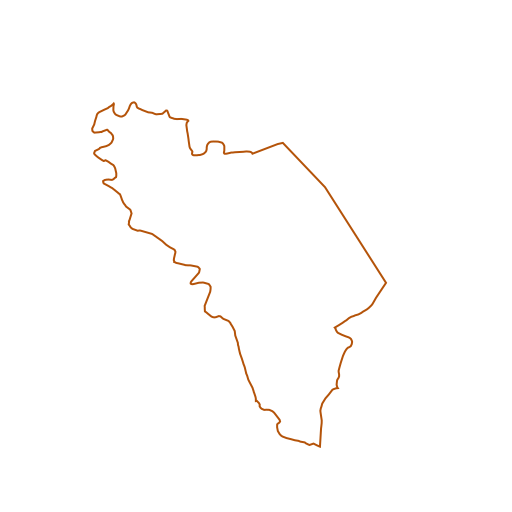 outline of H'Erelle, Laborie, Saint Lucia, rotated 154°
{"feature_id": "8701671B98929881441736", "entity_name": "H'Erelle", "entity_type": "district", "adm_level": 2, "iso_a3": "LCA", "parent_name": "Saint Lucia", "parent_adm1": "Laborie", "projection": "mercator", "projection_center": [-60.985, 13.756], "detail": "fine", "context": "isolated", "style": "outline", "palette": "amber", "viewbox_px": 512, "rotation_deg": 154, "n_neighbors": 0, "source": "geoboundaries", "source_scale": "gbopen_adm2", "svg_char_len": 6130}
<svg xmlns="http://www.w3.org/2000/svg" viewBox="0 0 512 512"><g transform="rotate(154 256 256)"><path d="M214.3,349.5L214.3,350.3L215.0,351.6L215.8,352.4L216.6,352.9L218.3,353.9L219.1,354.3L221.9,355.3L229.5,358.5L231.3,359.1L233.1,359.9L233.9,360.0L237.3,360.8L238.2,361.1L239.4,361.7L239.6,362.1L239.6,362.8L239.3,363.3L239.0,363.7L238.3,364.6L236.6,368.0L236.3,368.8L236.2,369.4L236.4,371.5L236.9,372.8L239.9,375.4L240.6,375.8L241.6,376.3L243.9,377.5L246.1,378.4L247.0,378.6L248.2,378.6L250.0,377.9L251.1,377.2L252.0,376.2L252.7,375.2L253.2,374.2L253.6,373.5L254.2,372.8L254.6,372.3L255.9,371.5L256.8,371.3L257.6,371.0L258.7,370.9L259.9,371.0L261.9,371.3L263.0,371.7L263.8,372.1L264.6,372.3L265.7,372.8L267.6,373.7L268.1,374.1L268.4,374.4L268.8,375.3L268.6,376.1L268.2,376.7L267.5,377.5L267.4,378.0L267.5,379.0L267.7,379.8L268.0,381.6L268.0,382.3L267.8,383.5L266.0,389.1L265.6,390.2L265.1,391.7L263.7,396.2L263.2,398.2L261.2,404.2L260.2,405.6L259.8,406.1L259.1,406.5L258.7,406.7L258.3,406.9L257.6,407.1L257.5,407.4L257.8,408.2L258.8,409.1L262.6,411.7L263.8,412.3L266.8,413.6L267.2,413.8L269.4,415.2L270.2,416.1L271.1,416.9L272.3,418.2L272.6,418.7L272.6,419.5L272.4,421.6L272.3,423.0L272.1,424.8L272.1,425.3L272.3,425.8L273.1,426.2L274.7,425.7L276.0,425.4L277.7,424.9L279.3,425.4L280.0,425.7L283.6,427.1L284.8,428.2L285.7,429.3L286.5,430.2L288.6,431.6L289.5,432.1L290.2,432.7L291.4,434.0L294.3,437.1L295.5,438.7L296.5,439.7L297.2,440.7L297.6,441.3L297.7,442.4L297.6,442.9L297.4,443.6L297.2,444.9L297.3,445.8L297.6,446.7L298.0,447.4L299.0,447.8L300.6,447.9L301.9,447.4L302.9,446.7L303.8,446.0L305.5,444.3L306.2,443.7L307.4,442.8L308.6,442.1L311.4,440.4L312.6,440.1L314.2,440.1L315.2,440.1L315.8,440.3L316.5,440.7L317.3,441.3L318.9,443.1L319.4,443.7L320.0,444.5L320.4,445.6L320.6,447.4L320.6,448.2L320.4,449.2L320.1,450.0L319.7,450.7L318.5,453.0L317.1,454.9L317.1,455.4L317.6,455.2L318.2,455.0L320.6,454.4L322.7,454.3L324.2,453.9L325.4,453.9L327.8,454.0L329.7,454.0L331.5,454.0L333.1,454.0L334.0,454.0L334.2,453.9L335.0,453.8L336.6,453.1L337.7,452.0L338.5,451.0L341.4,448.0L343.8,445.1L347.3,442.4L347.8,441.3L348.2,440.1L347.6,438.3L347.2,438.0L347.1,437.7L343.0,436.1L341.0,435.5L340.4,435.1L339.6,435.3L334.5,434.8L334.2,434.5L333.8,432.9L333.3,431.5L332.8,430.7L332.5,430.1L331.9,427.1L332.2,425.8L332.9,424.1L333.5,423.4L336.1,421.3L336.9,421.0L339.5,420.3L342.5,420.4L346.2,421.2L346.8,421.4L347.9,421.5L348.8,421.6L349.5,421.2L349.9,421.1L350.6,421.0L354.7,421.0L355.5,420.2L355.9,420.0L356.5,419.2L356.5,418.2L355.5,415.6L354.5,413.5L352.2,409.5L351.6,408.7L351.3,408.2L351.1,408.1L350.2,408.0L349.5,408.1L349.2,408.0L347.3,405.3L345.9,402.6L344.4,400.3L344.2,399.6L344.1,397.5L344.2,396.3L345.3,391.6L346.5,389.2L347.3,388.2L348.7,388.1L349.7,387.7L350.9,387.5L351.7,387.5L352.4,387.7L355.2,389.5L355.7,389.6L356.4,390.0L358.7,390.6L359.4,390.5L360.1,390.5L360.5,390.4L360.6,390.0L360.9,389.7L361.0,388.6L361.1,388.1L360.9,387.7L359.7,386.1L357.6,383.2L356.6,381.6L355.5,380.1L352.1,372.9L352.1,372.5L351.5,371.7L351.2,371.1L351.3,369.5L351.6,366.6L351.8,365.5L351.8,364.1L351.9,362.5L351.7,360.8L351.3,359.1L351.1,357.4L349.0,353.3L348.9,353.1L348.7,352.3L349.2,348.8L353.7,344.0L355.0,342.9L355.1,342.3L356.6,340.1L356.3,338.8L356.1,336.7L355.6,335.5L355.4,335.2L355.2,334.6L351.3,330.6L350.8,330.4L350.4,330.3L349.3,329.9L348.5,329.3L340.3,321.9L339.6,321.2L333.9,310.8L333.7,310.4L331.8,305.5L329.5,301.5L327.4,298.7L326.5,297.3L326.5,295.3L327.1,294.2L328.1,293.1L329.2,291.7L330.9,289.6L331.2,289.0L331.7,288.4L331.8,287.3L332.2,286.5L331.4,285.8L331.3,285.4L330.3,284.4L329.2,283.6L323.9,279.2L323.6,278.8L321.0,277.3L319.7,276.7L318.7,276.1L313.5,272.2L312.8,271.3L312.2,269.2L312.4,268.7L314.0,266.6L314.5,266.1L315.0,265.8L324.9,261.7L325.2,261.5L325.5,261.4L326.2,260.9L326.8,259.9L326.5,259.2L325.3,258.4L323.7,258.0L319.0,257.0L315.5,255.5L314.7,255.0L311.3,252.0L310.7,251.3L310.4,249.5L310.3,248.2L311.0,246.8L311.7,245.6L312.9,243.9L324.0,233.7L324.7,232.0L325.2,231.0L325.4,230.5L326.2,228.6L325.3,227.0L324.4,224.9L323.9,223.9L323.0,221.9L322.6,221.1L321.7,220.1L321.5,219.9L320.4,219.1L318.9,218.6L317.0,218.4L315.8,218.3L314.5,217.4L314.3,217.1L313.5,215.1L313.0,214.0L312.7,213.6L309.3,209.8L309.0,209.2L308.4,207.1L308.5,206.5L308.1,202.8L308.0,197.9L309.5,193.6L310.4,185.8L310.9,184.7L311.2,183.7L311.4,182.2L312.1,179.9L312.2,179.4L312.9,176.4L312.9,176.1L313.0,175.6L313.2,175.3L313.2,175.1L313.2,174.8L313.7,170.1L314.3,166.0L314.6,164.3L314.7,162.7L314.9,160.9L316.1,155.5L316.1,155.2L316.3,154.9L316.4,152.4L317.1,148.3L317.1,146.2L316.9,139.2L317.4,135.5L317.6,134.8L317.7,133.4L318.2,129.7L318.6,128.1L319.7,125.7L318.8,125.5L317.8,122.4L317.8,120.8L318.6,119.4L318.5,117.8L317.9,116.2L316.1,114.1L313.9,113.2L311.5,111.9L309.3,109.3L308.4,107.2L307.7,103.9L306.6,98.4L306.9,96.7L308.2,96.0L310.2,95.7L310.9,95.2L312.1,92.8L313.1,89.1L312.8,85.5L312.1,83.4L311.3,82.1L308.4,79.0L304.7,75.9L301.9,73.4L298.8,71.2L297.5,69.7L293.9,67.1L293.3,65.8L291.9,64.0L290.8,62.7L286.6,62.2L286.4,62.0L284.3,59.2L282.4,56.9L282.1,56.6L273.0,72.7L272.2,73.9L270.3,76.9L269.0,79.4L267.8,83.2L266.6,87.0L266.0,88.7L264.6,90.6L263.1,92.1L261.2,94.3L256.0,97.6L251.3,99.6L245.9,102.3L244.4,102.3L243.1,102.1L242.4,102.1L240.4,101.4L240.5,102.2L240.3,103.5L240.0,104.9L239.1,106.4L237.9,108.3L237.2,109.1L235.1,110.4L234.0,111.5L233.2,113.2L232.5,115.7L232.0,116.7L229.8,119.3L226.6,122.9L221.6,128.1L219.7,129.7L218.1,131.0L216.9,131.8L215.3,132.7L213.6,133.3L212.6,133.2L211.2,133.3L210.4,133.4L208.6,134.8L207.5,136.3L207.1,137.1L207.0,138.3L207.0,139.8L207.5,141.0L208.4,142.3L210.6,144.5L213.4,147.6L216.1,151.1L216.5,152.5L216.6,154.9L216.3,155.8L216.6,157.1L215.5,157.2L211.8,157.5L209.3,157.8L208.0,157.9L204.4,158.5L202.9,158.6L199.8,159.4L198.5,159.5L196.9,159.6L195.8,159.4L194.4,159.2L192.9,159.2L191.9,159.0L189.6,158.6L186.3,158.7L184.1,159.1L182.2,159.2L179.7,159.4L177.4,159.9L174.3,160.9L173.1,161.4L172.2,161.9L168.8,164.2L166.5,165.8L155.2,172.4L153.1,173.6L151.4,174.6L150.9,174.9L163.8,287.6L182.3,345.9L187.4,347.1L214.3,349.5Z" fill="none" stroke="#b45309" stroke-width="2"/></g></svg>